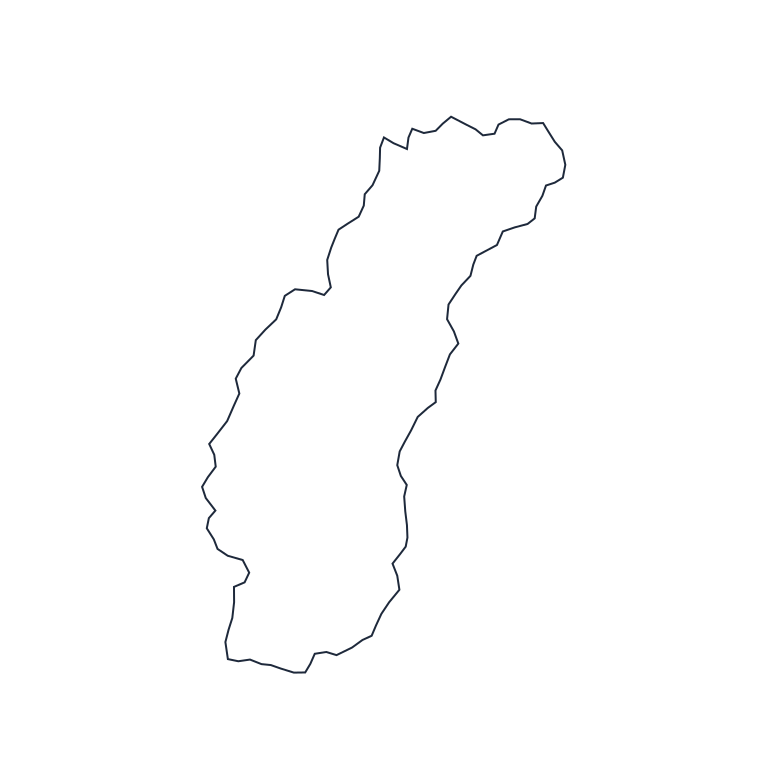 Aracitaba, Minas Gerais, Brazil (orthographic projection), rotated 152°
{"feature_id": "56859067B92579903887823", "entity_name": "Aracitaba", "entity_type": "district", "adm_level": 2, "iso_a3": "BRA", "parent_name": "Brazil", "parent_adm1": "Minas Gerais", "projection": "orthographic", "projection_center": [-43.409, -21.349], "detail": "fine", "context": "isolated", "style": "outline", "palette": "slate", "viewbox_px": 768, "rotation_deg": 152, "n_neighbors": 0, "source": "geoboundaries", "source_scale": "gbopen_adm2", "svg_char_len": 1750}
<svg xmlns="http://www.w3.org/2000/svg" viewBox="0 0 768 768"><g transform="rotate(152 384 384)"><path d="M651.0,214.4L642.8,207.6L631.7,203.6L623.7,194.2L615.9,189.0L608.8,181.3L599.1,171.5L589.0,166.3L580.4,171.5L571.8,178.3L560.8,174.5L553.2,166.9L536.0,166.3L523.1,168.1L513.1,167.5L504.5,174.5L494.2,182.3L481.9,188.9L467.0,195.1L462.3,208.5L460.8,221.4L449.8,226.2L441.2,230.2L435.4,237.4L430.0,248.6L425.0,261.6L419.0,275.2L411.3,284.2L412.3,294.9L410.4,306.1L401.8,317.1L392.7,323.3L381.9,330.3L369.7,339.1L356.5,342.3L346.8,343.7L341.6,354.1L332.1,361.4L322.0,370.4L311.9,379.2L299.4,384.8L297.6,397.6L297.9,411.6L289.7,423.9L278.3,430.1L269.4,434.7L256.9,438.9L249.1,447.5L242.0,453.7L232.8,453.7L219.0,453.7L207.5,462.9L195.0,460.9L182.1,457.9L173.2,459.5L166.3,469.2L155.8,475.8L147.8,483.2L138.7,481.6L129.2,482.2L121.0,492.4L117.0,506.6L119.5,517.7L120.4,530.3L121.0,539.7L131.4,544.7L139.6,553.9L149.5,559.1L161.1,559.3L168.9,553.1L179.9,557.1L183.6,565.9L189.4,574.1L199.3,588.5L209.9,586.3L219.5,583.3L231.0,586.9L239.2,596.1L246.7,590.1L253.4,580.7L262.5,592.1L268.3,601.7L276.5,594.5L281.7,585.3L288.1,574.5L300.8,564.9L311.9,560.6L318.1,551.0L327.8,543.6L341.0,542.6L351.7,541.6L359.3,535.4L366.6,529.2L375.9,520.2L381.9,507.2L385.6,494.3L395.1,490.7L403.9,499.9L418.1,509.4L430.2,508.4L438.8,500.0L448.8,491.7L463.2,487.7L476.6,482.9L485.8,470.3L502.4,465.1L512.4,458.3L516.2,443.5L526.8,435.3L539.9,424.9L554.6,418.3L566.5,413.1L567.1,401.2L571.4,390.0L583.3,384.4L592.9,378.6L594.9,367.0L592.3,351.4L601.6,347.8L608.2,339.8L607.2,326.7L608.4,316.5L602.6,305.7L591.4,294.9L591.6,280.7L600.2,274.3L611.7,275.3L618.8,261.7L627.8,248.6L636.6,240.0L645.2,230.6L651.0,214.4Z" fill="none" stroke="#1e293b" stroke-width="2"/></g></svg>